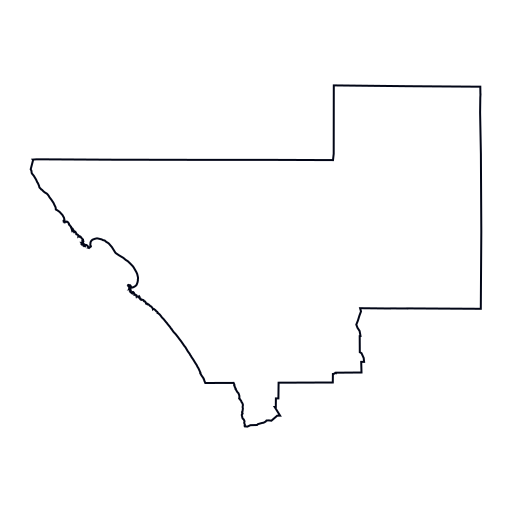 Wattle Range, South Australia, Australia
{"feature_id": "25037944B1081142143908", "entity_name": "Wattle Range", "entity_type": "district", "adm_level": 2, "iso_a3": "AUS", "parent_name": "Australia", "parent_adm1": "South Australia", "projection": "mercator", "projection_center": [140.154, -37.508], "detail": "fine", "context": "isolated", "style": "outline", "palette": "ink", "viewbox_px": 512, "rotation_deg": 0, "n_neighbors": 0, "source": "geoboundaries", "source_scale": "gbopen_adm2", "svg_char_len": 5715}
<svg xmlns="http://www.w3.org/2000/svg" viewBox="0 0 512 512"><path d="M481.3,232.0L480.9,154.1L480.1,112.4L480.3,97.5L480.5,94.1L480.4,94.0L480.3,86.7L480.2,86.7L407.7,86.2L333.8,85.4L333.7,153.8L333.0,160.1L277.8,159.9L223.8,159.9L110.9,159.7L36.8,159.3L32.8,159.6L33.1,160.0L30.7,169.3L31.4,170.7L31.7,173.0L32.0,173.6L33.8,175.8L36.2,179.8L36.4,180.4L37.1,181.8L37.3,182.4L37.9,183.1L38.4,184.3L39.1,186.0L39.3,187.1L39.7,187.8L40.7,188.7L41.2,189.4L42.0,189.8L43.5,191.4L44.9,192.5L46.8,193.6L47.7,194.5L48.8,196.0L49.5,197.3L51.3,199.6L53.5,202.9L54.5,205.1L55.5,207.1L55.8,208.4L55.7,209.1L55.9,209.5L56.2,209.8L57.2,210.2L59.6,211.9L62.6,215.2L63.3,216.6L63.9,217.5L64.4,219.5L64.4,219.9L64.1,220.0L63.9,220.3L64.0,220.4L64.0,220.7L63.6,220.9L63.7,221.2L64.1,221.0L64.3,221.3L64.2,221.5L63.7,221.4L63.7,221.6L64.5,221.8L64.3,222.2L64.4,222.4L64.6,222.4L64.6,222.0L64.9,221.9L64.9,221.7L65.9,221.8L66.0,221.6L66.6,221.6L66.7,221.8L67.1,221.7L68.1,222.4L69.0,223.8L69.0,224.0L68.9,224.2L69.1,224.8L69.8,225.2L70.1,225.8L71.0,226.7L71.3,227.4L71.1,227.7L71.3,227.9L71.4,228.1L71.8,228.1L72.2,228.4L72.1,228.7L71.7,228.9L71.8,229.3L71.9,229.0L72.3,229.1L72.5,228.9L72.9,229.2L72.9,229.4L72.7,229.5L72.8,229.7L73.5,230.3L73.4,230.6L73.6,230.6L73.8,230.9L73.8,231.0L73.5,230.9L73.5,231.1L73.8,231.2L74.1,231.3L73.9,231.4L73.8,231.5L74.3,231.6L74.3,231.8L74.5,231.7L74.6,231.9L74.8,231.8L75.0,231.9L75.3,232.2L75.3,232.5L76.0,232.9L76.5,233.8L76.4,234.3L77.6,234.7L78.1,235.1L78.4,235.9L78.3,236.1L78.3,236.5L78.7,236.2L79.2,236.5L79.2,236.3L79.3,236.2L79.5,236.4L80.1,236.4L80.4,236.6L81.4,237.7L81.7,238.4L83.0,239.5L83.0,239.8L82.8,240.1L83.0,240.1L83.0,240.5L83.1,240.9L83.3,241.0L83.4,241.3L82.9,241.9L82.6,241.9L82.5,241.7L82.4,241.9L83.0,242.1L83.1,242.7L82.8,243.1L82.6,242.9L82.2,243.1L82.1,242.8L81.7,242.8L81.9,243.0L81.6,243.4L81.8,243.7L81.5,244.1L81.7,244.3L81.8,243.9L82.6,244.1L82.3,243.7L82.8,243.4L83.2,243.4L83.8,243.9L84.3,244.6L84.3,244.9L84.2,244.9L83.9,244.7L83.8,244.1L83.6,243.8L83.2,243.6L83.5,244.0L83.7,244.5L83.2,244.6L83.3,244.9L83.1,245.0L82.8,245.5L83.5,245.0L84.0,245.2L84.1,245.5L84.0,245.8L84.3,245.8L84.4,246.1L84.7,246.0L84.6,245.8L84.9,245.6L84.7,245.3L84.8,245.1L85.4,245.0L85.5,245.3L85.7,244.9L86.4,245.0L87.5,245.8L88.2,246.9L88.3,247.4L88.9,247.8L88.7,247.9L89.0,248.0L89.4,247.4L90.9,246.5L90.9,246.1L90.4,245.6L90.3,244.7L90.4,243.9L90.5,242.4L90.9,241.5L91.5,240.6L92.5,239.7L94.6,238.9L96.6,238.4L97.5,238.4L101.7,239.4L102.9,240.1L104.7,240.5L106.5,242.1L107.4,242.5L108.8,243.5L111.9,247.1L115.3,252.6L115.9,253.2L119.0,255.3L123.4,257.9L125.7,259.9L127.8,261.2L130.3,263.6L132.8,266.2L133.6,267.3L136.3,272.0L137.2,274.0L138.0,277.5L138.0,278.9L137.8,279.8L137.9,280.4L137.5,282.4L136.6,284.8L135.5,286.0L133.6,287.1L132.5,287.5L131.7,287.6L130.9,286.6L130.7,286.0L130.4,285.9L130.3,285.6L130.0,285.6L129.8,285.2L129.3,285.3L128.6,284.9L128.3,285.0L128.4,285.4L128.2,285.6L128.5,285.8L128.3,286.0L128.9,286.8L129.5,287.0L129.3,287.9L129.9,287.7L130.0,288.0L129.8,288.1L129.9,288.3L130.1,288.2L129.8,288.8L130.1,289.1L129.7,289.4L130.4,289.4L130.4,289.7L130.2,290.0L130.6,290.3L130.4,290.5L130.5,290.6L130.2,291.0L130.4,291.1L130.3,291.8L130.7,292.0L130.8,292.3L131.3,292.7L131.4,292.2L132.9,292.0L133.2,292.3L133.2,292.7L133.5,292.4L133.7,292.6L133.6,293.2L133.9,293.2L133.9,293.6L134.5,294.0L134.4,294.3L134.4,294.9L135.8,294.9L136.4,295.3L136.3,295.7L136.5,296.5L136.8,296.1L137.5,296.6L138.2,296.6L138.4,297.0L139.1,296.3L139.5,296.9L139.4,297.3L139.7,297.7L139.7,298.1L139.9,298.4L140.2,298.5L140.1,298.9L140.3,299.2L141.0,299.3L141.3,299.9L142.2,299.7L143.4,300.1L143.7,300.4L143.8,301.0L144.3,301.4L144.9,301.4L145.3,301.8L145.9,302.9L146.0,303.4L146.1,303.6L146.6,303.5L146.8,303.8L147.3,303.8L147.4,304.3L147.6,304.4L147.9,304.2L148.5,304.4L149.5,305.3L149.9,305.8L151.3,306.6L152.5,308.1L152.8,308.6L152.9,309.1L153.0,309.0L153.9,309.0L154.3,309.4L155.1,309.9L155.8,310.6L156.3,311.3L157.2,311.8L157.9,312.9L157.8,313.1L158.1,313.2L159.7,314.5L161.0,316.1L161.8,317.3L163.7,319.2L166.1,322.2L167.2,323.4L167.3,323.7L170.2,327.2L171.1,328.7L171.5,328.9L172.3,330.2L173.6,332.0L175.7,334.2L178.2,337.4L179.2,338.8L181.0,341.1L184.3,345.9L185.4,347.2L187.8,351.3L189.7,353.9L190.1,354.8L191.1,356.2L191.4,356.9L193.2,359.5L195.2,362.8L196.7,365.1L197.5,366.8L198.4,368.2L199.9,371.5L200.1,372.1L200.4,372.5L200.2,373.0L200.3,373.5L201.0,374.3L201.3,375.2L203.1,377.7L203.5,378.3L203.5,378.7L203.9,379.1L204.4,380.9L205.3,383.0L233.6,382.9L234.4,384.7L234.4,385.0L234.2,385.3L234.5,385.7L234.6,386.6L234.8,387.0L235.1,387.3L235.2,387.9L235.7,388.6L235.5,389.0L235.8,389.3L236.4,390.5L237.3,392.0L238.5,393.3L238.9,394.4L239.3,395.6L239.4,396.9L239.3,397.6L239.4,397.9L239.3,398.2L239.5,398.2L239.8,399.2L240.1,399.4L240.3,399.9L240.6,400.1L241.2,401.0L241.4,401.8L242.2,402.9L242.8,404.3L242.9,405.2L242.6,407.0L242.9,408.5L242.5,411.3L242.4,411.7L242.1,411.9L242.1,412.8L242.4,412.9L242.6,413.5L242.3,414.1L241.8,414.7L241.8,415.3L242.2,416.8L242.3,417.5L242.7,418.6L243.7,419.4L244.5,421.2L244.4,421.9L244.2,422.8L244.6,424.1L244.9,424.8L244.9,425.6L244.6,425.9L244.8,426.4L247.4,426.6L250.4,425.2L257.0,425.0L258.0,424.1L261.9,423.0L263.6,422.7L265.6,421.6L266.5,420.5L268.9,420.4L271.4,420.7L277.2,415.7L280.1,415.7L274.7,407.0L275.8,407.0L275.9,398.4L278.4,398.4L278.6,382.7L332.8,382.5L332.9,374.0L333.8,373.9L335.0,373.1L335.8,373.2L335.8,372.7L361.5,372.5L361.2,361.9L364.1,361.9L363.7,358.0L361.5,353.2L359.8,352.2L359.7,336.1L360.5,336.0L359.6,331.0L357.5,327.8L356.3,324.6L357.9,320.6L359.4,315.7L361.0,311.4L360.1,308.2L390.5,308.5L390.6,308.4L407.3,308.5L407.3,308.4L480.8,308.8L481.3,232.0Z" fill="none" stroke="#020617" stroke-width="2"/></svg>